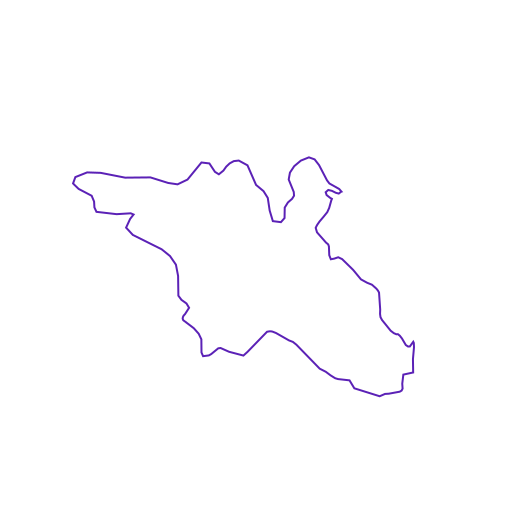 the Region of Andijon, rotated 212°
{"feature_id": "UZB-363", "entity_name": "Andijon", "entity_type": "Region", "adm_level": 1, "iso_a3": "UZB", "parent_name": "Uzbekistan", "parent_adm1": "", "projection": "orthographic", "projection_center": [72.284, 40.729], "detail": "fine", "context": "isolated", "style": "outline", "palette": "violet", "viewbox_px": 512, "rotation_deg": 212, "n_neighbors": 0, "source": "natural_earth", "source_scale": "10m", "svg_char_len": 2005}
<svg xmlns="http://www.w3.org/2000/svg" viewBox="0 0 512 512"><g transform="rotate(212 256 256)"><path d="M247.8,143.0L251.1,145.3L258.2,156.4L263.4,159.7L270.5,161.8L283.7,163.0L285.0,164.0L285.6,165.4L285.8,167.1L285.4,169.0L285.3,176.6L289.8,178.9L296.0,179.3L300.8,181.2L311.5,197.8L319.3,206.2L328.9,210.4L339.6,211.7L371.6,208.6L381.2,211.2L382.4,220.8L381.8,226.3L384.9,225.8L396.4,217.6L414.7,208.9L418.8,211.6L422.2,216.4L427.3,220.0L442.0,218.9L447.6,220.1L449.6,220.6L451.0,227.2L443.5,237.4L431.8,244.2L408.5,253.1L387.2,266.7L369.2,271.4L360.5,275.2L354.6,284.5L351.8,306.4L344.6,309.8L335.4,305.6L330.8,305.6L328.9,311.1L328.6,316.0L327.4,320.6L325.1,324.7L321.2,327.8L311.3,328.4L293.6,316.3L284.0,315.0L276.8,311.5L268.5,301.8L260.2,294.5L252.8,297.9L251.9,303.3L257.3,312.3L257.3,318.3L255.7,323.6L255.7,327.3L257.9,330.3L268.8,338.2L269.9,340.9L271.4,344.7L271.2,352.4L268.5,360.7L263.4,367.7L257.5,369.0L250.7,366.5L235.9,357.8L232.2,356.4L220.9,356.9L217.7,355.9L217.8,355.8L218.9,352.8L221.8,351.9L226.1,351.5L229.7,350.3L230.7,347.0L228.4,345.1L223.8,344.6L221.9,344.7L221.6,343.0L219.4,335.5L218.8,330.9L219.5,325.1L220.4,318.9L220.6,315.0L220.5,313.2L220.3,311.5L216.8,308.4L203.8,304.5L200.9,304.1L199.2,302.7L194.3,295.5L190.8,292.9L188.3,295.2L185.6,298.5L181.3,299.0L166.3,295.7L154.6,291.8L147.5,292.2L142.5,293.1L136.6,292.1L134.3,291.3L132.3,290.2L122.3,276.4L120.1,272.6L118.0,270.1L115.2,268.5L102.2,264.0L98.2,263.6L95.5,264.0L94.2,264.9L91.8,264.6L88.5,263.4L81.8,259.9L79.1,259.8L77.6,260.8L77.2,266.6L76.1,265.9L73.7,262.4L68.3,251.8L61.0,240.5L68.2,233.5L64.3,225.2L61.4,221.2L61.2,219.0L62.2,217.1L70.4,209.6L73.5,207.4L76.8,202.6L102.5,195.9L110.8,200.1L121.2,195.1L124.1,194.3L129.5,194.3L135.5,194.8L142.3,194.2L174.8,202.2L179.2,202.7L183.3,201.9L198.2,201.3L202.0,200.6L203.5,200.0L204.6,199.3L206.5,197.6L212.4,170.2L213.9,164.9L228.1,160.5L237.3,159.2L239.1,157.7L242.0,149.1L243.3,146.7L247.8,143.0Z" fill="none" stroke="#5b21b6" stroke-width="2"/></g></svg>